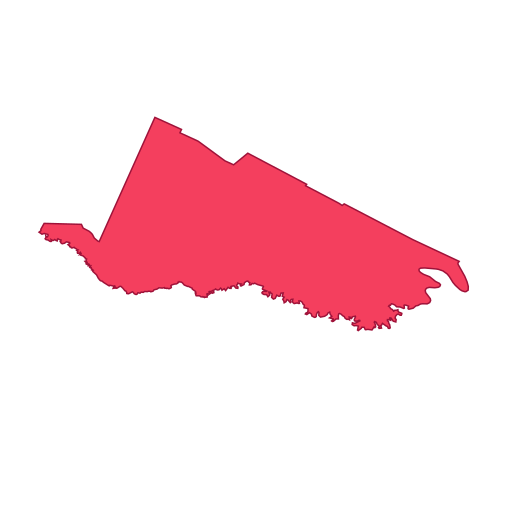 General Manuel Belgrano, Misiones, Argentina, rotated 115°
{"feature_id": "61730980B47006381015187", "entity_name": "General Manuel Belgrano", "entity_type": "district", "adm_level": 2, "iso_a3": "ARG", "parent_name": "Argentina", "parent_adm1": "Misiones", "projection": "equal_earth", "projection_center": [-53.829, -25.979], "detail": "fine", "context": "isolated", "style": "filled", "palette": "rose", "viewbox_px": 512, "rotation_deg": 115, "n_neighbors": 0, "source": "geoboundaries", "source_scale": "gbopen_adm2", "svg_char_len": 6119}
<svg xmlns="http://www.w3.org/2000/svg" viewBox="0 0 512 512"><g transform="rotate(115 256 256)"><path d="M173.1,406.2L309.2,404.2L309.3,405.8L308.1,410.1L305.5,413.5L304.7,415.5L304.1,417.6L303.8,424.4L301.1,427.6L316.0,461.8L322.7,462.3L323.9,461.6L326.1,462.7L326.7,459.2L325.1,457.5L324.4,453.7L325.2,453.1L326.8,453.1L327.0,453.6L326.6,455.0L327.8,454.2L329.5,454.4L329.9,453.2L329.4,451.2L329.8,449.0L329.5,447.9L329.0,447.6L327.7,448.7L327.8,447.0L327.4,446.0L326.1,445.4L326.5,443.6L326.3,442.5L324.8,443.1L324.0,442.8L324.3,441.1L323.8,439.6L324.9,439.1L325.6,439.6L326.7,437.9L326.8,436.8L325.3,434.9L323.3,433.8L322.6,430.6L323.3,430.1L325.2,431.2L325.5,429.9L325.4,429.4L326.3,428.8L326.0,427.9L326.5,427.3L326.6,426.3L325.0,424.4L325.5,423.0L325.4,421.7L325.8,421.0L325.7,420.1L326.8,420.8L327.0,419.5L328.6,419.3L328.9,418.8L328.1,417.0L326.9,416.8L327.6,415.6L329.1,416.2L328.7,415.6L329.3,415.2L329.0,412.9L329.9,409.9L330.6,409.5L330.3,408.3L332.3,407.8L333.1,408.8L333.3,408.3L332.8,407.8L333.0,406.4L333.4,406.2L334.1,407.1L335.0,406.6L335.0,405.5L334.0,404.6L334.0,403.7L334.3,403.3L334.7,404.1L335.8,404.0L335.2,402.2L336.2,402.6L335.2,401.7L336.5,401.8L336.3,400.7L336.7,400.8L336.7,400.1L337.2,399.5L337.6,397.9L338.0,398.4L338.0,397.6L338.6,397.7L339.0,397.2L340.5,392.5L342.8,389.5L343.8,387.5L344.1,386.5L343.8,384.3L344.3,383.5L345.1,376.9L345.1,376.4L344.3,376.1L343.6,373.2L343.7,372.3L342.9,371.7L342.9,371.2L343.5,371.1L344.2,371.8L345.7,371.8L344.7,370.4L344.7,370.0L343.8,369.7L344.2,368.8L343.7,368.2L341.1,366.6L340.6,365.6L341.5,362.9L342.9,360.1L342.7,359.3L343.7,357.7L344.6,357.3L344.3,355.9L343.7,355.2L340.7,352.9L340.8,352.0L341.7,350.3L341.6,348.4L340.7,347.6L339.2,347.5L338.7,345.4L337.3,344.8L336.6,342.8L335.2,341.9L334.2,339.4L333.3,338.5L332.5,336.3L332.8,336.1L331.5,334.5L329.7,334.1L327.8,331.7L325.8,330.5L324.7,327.4L323.3,325.6L323.8,325.0L323.1,323.6L323.2,323.2L322.6,322.5L322.5,321.0L320.9,319.6L320.1,319.5L318.9,320.6L317.8,320.1L315.9,318.0L314.9,316.3L313.6,315.4L312.9,315.6L312.8,315.2L311.7,314.9L311.8,314.1L311.2,312.8L311.4,311.4L312.6,308.8L312.5,305.2L312.1,304.5L312.2,300.2L312.9,299.8L313.7,295.9L314.3,295.2L315.2,295.5L315.5,294.5L316.5,294.4L317.3,293.4L315.9,290.3L316.3,288.8L315.7,287.1L315.3,287.0L315.4,285.5L315.0,285.6L314.7,284.3L313.8,282.9L312.9,283.4L312.0,283.0L311.6,284.2L310.9,284.4L310.4,283.5L310.5,282.3L309.0,281.4L308.5,283.5L307.9,283.3L307.1,281.8L308.2,279.9L307.1,278.7L306.4,278.9L305.7,280.8L304.0,279.1L303.0,278.8L303.2,276.8L302.6,275.7L301.9,275.0L300.1,274.6L300.2,273.8L301.4,272.4L299.1,271.0L300.2,268.9L296.2,268.1L296.5,266.4L295.9,264.9L295.2,264.9L295.0,265.8L294.2,265.9L292.3,263.4L293.6,260.7L293.0,258.8L291.7,259.2L291.4,260.4L290.6,261.3L289.5,260.9L288.2,261.0L288.3,260.0L287.6,257.6L288.8,258.0L289.6,257.4L289.5,256.8L286.9,254.8L285.3,255.2L283.6,254.4L282.6,253.5L282.2,252.6L282.8,251.8L282.7,250.4L285.0,249.8L284.2,248.4L282.5,247.9L282.2,246.4L281.2,245.7L281.2,242.3L280.3,237.0L280.5,236.4L282.9,236.4L283.4,236.0L283.2,231.4L283.7,231.6L284.6,233.8L285.6,234.9L286.8,235.1L287.4,234.4L287.5,232.4L286.5,230.1L287.9,228.0L285.4,227.0L283.3,229.1L282.7,227.7L283.4,227.1L283.3,225.9L283.7,225.3L286.9,224.4L287.7,222.0L286.3,220.7L282.7,220.6L282.9,218.6L282.6,217.8L282.0,217.2L279.1,217.7L278.0,215.7L281.4,215.2L281.4,213.1L283.9,213.5L285.0,211.8L286.5,210.7L284.7,209.5L282.4,209.5L282.4,208.3L283.8,205.2L283.0,204.8L282.0,205.8L281.0,205.9L280.4,205.6L279.6,204.3L281.7,203.8L282.6,202.9L283.0,201.3L281.1,198.8L281.1,197.6L280.6,196.6L278.6,198.1L278.0,196.9L278.3,194.8L279.9,192.7L279.9,191.8L280.5,191.2L282.6,190.7L281.7,186.7L284.1,185.5L285.3,185.6L286.9,186.8L287.7,186.8L287.6,185.2L284.8,183.6L285.2,181.3L286.8,180.0L286.9,177.1L286.5,176.4L285.4,175.8L283.5,176.5L281.2,176.5L280.1,175.9L280.6,175.1L283.3,174.0L284.1,171.7L281.6,168.3L279.0,166.7L277.3,166.7L275.7,165.5L277.5,164.1L278.6,161.8L281.0,163.2L280.4,159.4L280.9,159.1L282.9,160.1L283.1,159.1L282.4,158.2L279.2,156.8L278.2,154.7L275.5,156.1L273.5,156.6L272.8,156.1L272.7,154.6L273.5,152.1L273.6,150.4L274.6,149.2L275.1,147.2L274.2,145.2L274.3,144.3L271.9,145.8L271.6,144.4L272.5,143.9L272.5,143.2L271.4,142.8L271.0,143.2L270.1,142.7L268.6,140.5L269.1,140.1L272.1,140.1L273.0,139.5L273.2,138.5L272.7,138.1L272.4,136.9L270.7,135.5L270.5,134.8L270.9,134.4L274.9,137.6L275.5,138.6L275.8,140.4L277.5,139.9L277.8,137.6L276.7,135.8L276.3,133.6L280.2,132.7L280.4,131.8L277.0,130.0L275.8,130.0L274.9,127.8L276.5,126.0L276.5,125.5L275.2,123.6L274.0,119.6L270.4,119.0L270.7,118.0L269.6,117.6L267.1,119.4L266.0,120.9L265.2,120.7L265.3,118.8L266.9,117.1L267.2,115.3L268.0,114.3L268.9,114.8L269.6,113.8L268.3,111.8L266.3,113.5L265.5,113.0L263.6,112.9L264.4,108.7L264.3,107.1L265.6,105.5L265.2,104.4L264.4,104.0L261.7,105.9L261.0,107.1L259.3,108.3L259.2,109.5L258.1,110.0L257.5,108.9L257.4,106.7L256.6,106.9L256.5,108.1L255.9,108.5L255.4,108.5L255.2,107.3L257.1,104.1L256.7,101.4L254.4,102.1L253.5,103.7L251.5,104.1L249.4,103.5L248.5,102.6L248.8,100.4L248.3,99.3L246.7,99.4L246.3,99.7L246.5,103.0L246.0,103.9L244.7,104.7L245.9,105.9L246.5,107.3L247.8,107.9L246.9,109.7L246.8,111.7L245.8,113.2L245.5,114.6L244.2,114.3L243.8,113.3L242.1,113.1L241.8,112.1L241.7,109.6L242.6,107.1L241.3,103.8L241.1,99.9L240.5,99.5L238.1,101.0L237.5,100.4L237.1,98.9L237.0,96.5L239.1,96.2L239.6,95.6L239.6,94.9L236.9,91.5L233.6,90.0L232.4,88.3L230.1,86.7L229.0,85.1L227.0,80.6L224.8,78.9L222.6,78.9L221.0,80.0L217.5,86.7L215.8,88.0L214.4,88.2L212.7,87.5L211.2,85.7L209.2,80.5L207.4,77.7L206.0,76.6L204.2,76.6L203.3,78.2L203.2,82.5L201.4,89.8L201.8,96.3L201.4,99.7L200.8,101.5L199.7,102.5L198.9,102.6L197.5,101.8L195.5,98.0L191.6,87.2L191.0,85.1L190.5,80.3L191.5,75.1L193.0,72.0L196.7,66.4L198.3,63.0L200.2,57.1L200.5,54.6L200.1,51.6L199.5,50.6L197.3,49.3L193.9,50.7L190.2,53.8L186.1,58.3L178.2,69.3L177.1,70.0L175.0,69.6L174.9,120.7L171.5,198.1L173.8,199.3L173.2,202.6L171.4,240.8L169.6,240.4L166.3,306.9L182.8,314.8L182.9,324.3L176.4,357.0L176.5,377.0L172.8,377.0L173.1,406.2Z" fill="#f43f5e" stroke="#9f1239" stroke-width="1.5"/></g></svg>